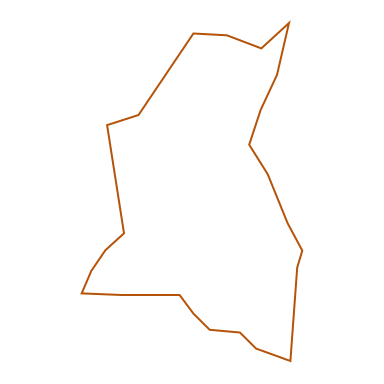 an SVG outline of Kole
{"feature_id": "UGA-5605", "entity_name": "Kole", "entity_type": "District", "adm_level": 1, "iso_a3": "UGA", "parent_name": "Uganda", "parent_adm1": "", "projection": "natural_earth1", "projection_center": [32.715, 2.291], "detail": "fine", "context": "isolated", "style": "outline", "palette": "amber", "viewbox_px": 384, "rotation_deg": 0, "n_neighbors": 0, "source": "natural_earth", "source_scale": "10m", "svg_char_len": 419}
<svg xmlns="http://www.w3.org/2000/svg" viewBox="0 0 384 384"><path d="M261.3,48.4L289.0,23.0L277.0,74.9L260.7,109.8L249.2,144.7L267.7,174.2L287.7,223.4L302.3,250.6L297.2,267.6L290.4,361.0L256.1,348.6L239.9,332.5L209.7,329.8L193.5,313.7L179.6,295.0L121.6,295.0L81.7,293.4L91.3,270.9L105.5,250.1L124.0,233.3L107.1,125.1L138.5,115.0L193.4,33.5L226.8,35.3L261.3,48.4Z" fill="none" stroke="#b45309" stroke-width="2"/></svg>